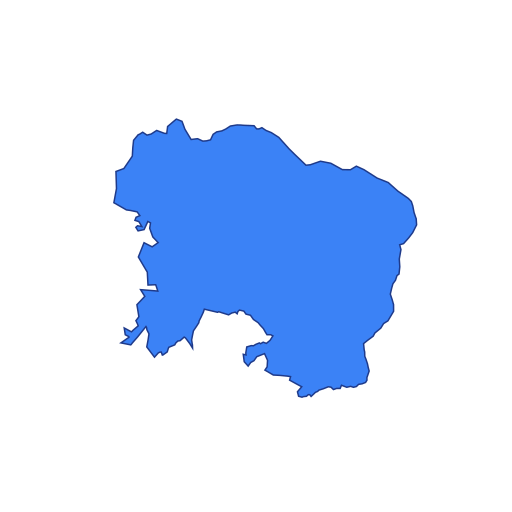 the district of Athienou, Larnaca, Cyprus, rotated 328°
{"feature_id": "46923920B40180058129311", "entity_name": "Athienou", "entity_type": "district", "adm_level": 2, "iso_a3": "CYP", "parent_name": "Cyprus", "parent_adm1": "Larnaca", "projection": "natural_earth1", "projection_center": [33.526, 35.059], "detail": "fine", "context": "isolated", "style": "filled", "palette": "blue", "viewbox_px": 512, "rotation_deg": 328, "n_neighbors": 0, "source": "geoboundaries", "source_scale": "gbopen_adm2", "svg_char_len": 3634}
<svg xmlns="http://www.w3.org/2000/svg" viewBox="0 0 512 512"><g transform="rotate(328 256 256)"><path d="M237.5,96.9L231.7,97.0L227.6,95.7L225.5,91.0L221.7,91.0L220.6,90.8L220.4,90.7L213.5,93.0L208.9,98.9L204.0,105.8L190.3,111.8L182.0,110.1L181.9,110.3L181.8,110.5L173.4,124.9L163.7,135.5L167.9,143.3L170.5,148.2L173.6,150.8L178.6,155.6L178.9,160.2L174.8,159.6L172.2,161.6L174.9,164.8L174.8,170.6L171.6,167.6L169.3,168.0L169.3,172.2L175.1,174.3L182.6,169.4L184.1,172.0L180.5,176.2L178.6,185.1L178.6,185.3L180.1,192.8L172.8,193.2L168.5,186.1L168.1,185.4L167.0,186.2L155.7,194.5L155.3,209.9L155.3,212.0L149.0,223.4L155.7,227.2L155.7,227.3L155.1,229.9L154.7,231.5L154.1,233.7L150.3,230.8L140.3,223.4L140.3,228.2L140.3,231.3L137.6,232.0L129.2,234.2L124.5,245.4L122.6,246.2L119.9,247.2L119.5,250.7L119.1,252.8L111.9,253.9L111.4,254.1L110.2,254.3L109.3,252.8L107.6,249.8L106.1,247.2L105.8,247.9L103.4,253.5L105.4,256.9L105.2,257.6L95.4,258.1L102.7,265.0L103.2,264.9L103.7,264.7L105.1,264.2L112.7,261.9L125.3,257.5L125.3,258.6L124.4,260.7L124.0,265.1L123.9,265.4L119.8,270.2L115.2,275.2L115.2,275.6L116.0,284.6L116.3,288.0L121.8,286.4L123.4,286.6L123.5,286.6L124.7,287.2L124.1,290.2L124.7,290.2L124.7,290.6L124.8,290.6L129.9,290.3L132.3,288.2L133.6,287.2L140.0,288.3L142.0,287.2L142.6,287.1L142.9,287.0L143.4,287.0L143.9,286.8L144.6,286.7L146.8,287.6L152.1,286.7L152.8,288.2L153.4,295.2L153.4,300.5L155.1,297.5L155.2,297.0L156.0,295.2L156.9,293.1L160.4,289.3L163.3,286.3L168.1,284.2L172.1,282.3L173.4,280.9L177.2,278.6L181.5,275.8L184.0,273.7L193.6,283.4L194.9,283.5L197.2,286.3L201.6,291.4L205.2,291.5L208.6,292.6L209.4,295.0L211.2,293.5L213.3,293.1L216.5,296.3L216.7,300.0L219.9,303.3L220.2,308.5L222.5,313.7L222.9,316.9L223.8,321.5L223.6,325.8L223.6,328.6L226.8,330.6L228.0,332.7L223.2,335.0L218.5,335.6L216.4,332.9L213.4,332.8L212.8,331.5L208.9,330.8L206.3,330.8L204.5,329.5L200.0,328.2L195.9,332.9L195.1,334.6L193.1,332.6L190.0,339.4L191.0,345.2L195.1,343.5L198.8,343.7L203.3,341.8L211.5,343.3L210.9,347.8L210.5,350.6L206.7,355.9L203.1,357.5L207.6,366.1L213.0,369.9L219.1,374.6L221.4,376.6L218.7,379.1L222.4,385.7L225.5,391.1L219.2,393.1L217.8,397.5L220.2,400.1L221.7,400.4L223.0,401.0L224.4,401.7L226.9,401.3L228.1,402.1L228.3,404.3L231.9,403.6L234.2,403.1L236.5,403.5L238.3,403.1L242.9,404.3L248.0,405.2L250.1,407.0L250.9,410.3L254.1,411.0L257.2,412.9L260.0,410.9L263.4,415.4L267.2,416.7L269.1,419.0L272.0,419.9L275.0,419.2L278.2,420.6L281.9,421.3L284.3,420.1L285.6,417.9L287.6,416.3L291.0,413.5L292.2,409.7L293.4,406.5L294.5,402.0L295.1,398.7L297.3,395.0L298.1,392.7L300.8,387.3L305.6,386.7L312.9,386.1L316.0,384.3L323.6,383.3L328.4,380.9L333.5,380.9L343.4,375.8L346.9,370.1L348.3,365.3L349.7,359.5L354.3,354.9L357.4,352.1L361.4,350.5L365.2,347.3L367.7,347.1L372.2,341.4L375.9,334.5L382.3,327.4L383.8,322.6L387.7,323.7L395.2,321.5L401.3,319.2L408.7,314.7L411.6,309.3L412.0,307.4L413.1,302.8L415.5,296.6L416.6,292.1L415.7,287.9L410.7,276.2L408.2,267.6L407.1,263.8L400.0,254.1L393.3,240.0L388.7,233.0L381.8,232.9L375.0,228.5L368.6,217.0L360.9,209.8L350.4,207.4L346.5,205.5L342.5,189.7L340.8,182.5L338.2,167.5L334.4,159.5L331.0,154.8L329.0,150.3L326.4,149.9L325.3,149.5L323.9,148.5L323.4,144.5L320.2,142.3L316.5,139.8L314.2,138.2L312.5,136.9L309.8,135.1L308.9,134.6L303.1,132.2L297.6,132.3L293.3,131.8L292.3,131.4L288.4,129.9L284.1,130.1L279.0,133.4L275.0,132.1L272.2,130.6L271.8,130.4L268.8,125.8L268.5,125.5L262.7,122.8L262.9,110.7L263.9,106.1L264.6,102.6L261.1,97.8L261.0,97.7L257.2,98.2L250.0,99.3L249.7,99.3L248.5,100.8L245.2,104.8L243.3,103.4L238.3,96.9L237.5,96.9Z" fill="#3b82f6" stroke="#1e3a8a" stroke-width="1.5"/></g></svg>